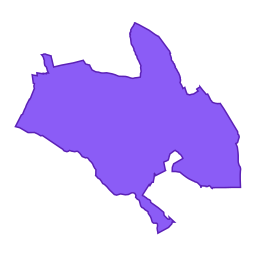 Vadu Moldovei, Suceava, Romania
{"feature_id": "2599482B82273337818064", "entity_name": "Vadu Moldovei", "entity_type": "district", "adm_level": 2, "iso_a3": "ROU", "parent_name": "Romania", "parent_adm1": "Suceava", "projection": "albers", "projection_center": [26.396, 47.385], "detail": "fine", "context": "isolated", "style": "filled", "palette": "violet", "viewbox_px": 256, "rotation_deg": 0, "n_neighbors": 0, "source": "geoboundaries", "source_scale": "gbopen_adm2", "svg_char_len": 5687}
<svg xmlns="http://www.w3.org/2000/svg" viewBox="0 0 256 256"><path d="M157.9,233.2L168.6,227.4L169.2,226.7L171.4,224.3L171.9,223.7L172.1,222.5L172.1,222.1L172.5,222.0L173.6,222.1L174.5,222.1L169.2,217.2L169.4,218.0L169.3,219.2L168.3,219.2L167.6,218.9L166.2,217.5L164.3,215.6L164.0,214.8L163.7,212.3L158.2,207.7L150.7,202.4L150.6,201.2L150.4,200.6L149.5,199.8L148.5,199.3L147.5,199.0L146.3,197.8L145.4,197.3L144.3,196.3L142.9,195.8L142.4,195.2L149.2,184.5L149.9,185.6L151.9,182.3L153.3,182.2L153.4,181.0L154.0,178.0L154.4,175.1L154.4,174.7L154.3,174.1L154.3,173.7L154.5,173.5L154.9,174.1L155.8,175.2L155.8,175.5L165.6,170.5L165.2,169.5L164.5,166.0L163.8,162.5L163.9,162.0L164.7,161.6L166.1,161.1L168.1,160.1L168.5,159.3L169.2,156.4L170.0,153.9L173.5,151.3L174.7,150.5L175.2,150.3L175.6,150.6L176.0,151.0L176.5,151.3L177.0,151.5L178.2,152.3L179.2,153.7L179.4,153.8L179.6,153.9L180.0,154.1L180.5,154.6L181.1,155.2L182.3,157.1L182.9,158.4L182.8,158.5L182.0,159.0L173.7,163.8L172.4,167.1L172.3,167.7L172.2,171.0L172.2,171.5L174.9,171.5L175.6,171.5L178.5,172.0L179.7,172.1L180.0,172.2L180.4,172.5L181.3,173.3L183.8,175.3L185.6,176.6L186.1,177.0L188.7,178.7L190.3,179.5L192.9,180.8L193.6,181.0L195.1,181.9L195.5,182.0L196.7,182.3L197.2,182.6L197.9,183.1L200.2,185.4L200.6,185.9L200.7,186.8L200.9,187.3L201.0,187.3L201.2,187.1L201.7,185.8L202.2,185.9L204.0,186.0L205.5,186.1L206.3,186.3L206.3,186.6L207.7,186.5L208.8,185.7L209.2,185.6L209.6,185.8L210.7,186.8L211.3,187.8L211.7,188.1L212.3,188.5L213.0,187.6L214.4,187.7L215.1,187.6L224.7,187.6L231.7,187.4L240.5,187.4L240.2,179.0L240.2,174.6L240.4,171.0L240.6,169.6L240.5,168.1L240.3,167.5L240.1,166.8L239.3,165.6L238.8,164.3L238.3,162.4L238.2,161.4L238.2,155.4L238.0,152.4L237.3,147.0L235.8,143.5L237.0,143.0L237.5,142.5L237.8,141.9L238.2,140.2L238.7,138.7L239.1,137.4L239.2,136.9L238.8,135.1L237.9,134.2L237.7,132.6L237.6,131.6L236.4,129.6L233.9,125.5L229.4,118.0L227.5,114.8L223.7,108.6L220.2,103.4L219.3,103.6L218.9,103.6L218.5,103.5L217.6,103.7L216.9,103.4L216.2,103.5L214.4,103.0L212.9,102.5L212.4,102.2L212.0,101.8L211.7,101.2L210.7,100.1L208.8,96.2L207.7,94.1L207.4,94.0L206.8,94.4L206.5,94.4L206.1,94.4L205.1,93.0L202.7,90.2L199.9,86.6L199.9,86.9L199.9,87.0L197.0,88.8L196.7,89.1L198.1,91.1L193.6,94.0L191.7,94.3L189.7,94.9L188.8,94.7L188.1,94.3L187.4,94.4L187.1,94.2L187.0,93.9L186.9,93.4L186.4,92.4L185.0,88.2L184.8,87.4L182.9,88.5L182.8,88.1L182.1,86.5L181.8,85.7L181.5,85.0L181.1,84.5L180.7,83.7L180.4,83.3L180.0,82.5L180.2,82.1L180.5,80.8L180.5,80.1L180.5,79.7L180.2,78.6L180.3,77.7L180.1,77.5L179.9,76.9L180.0,76.5L178.5,72.8L177.9,72.0L177.7,71.6L177.1,70.4L176.8,70.0L176.7,69.5L176.3,69.0L175.9,68.3L175.2,67.6L175.1,67.4L175.3,66.5L174.5,65.0L174.5,64.3L174.4,64.1L173.5,63.3L173.3,63.0L173.0,62.0L172.7,61.6L172.4,61.3L172.1,61.0L171.6,60.4L171.4,59.8L171.3,58.2L171.2,57.6L170.7,56.0L170.1,54.5L170.0,54.1L169.9,53.6L170.5,53.3L170.5,53.2L170.0,52.7L169.6,51.2L168.4,49.7L158.6,36.4L158.0,36.1L157.6,36.1L156.7,35.4L155.6,34.9L149.2,30.3L138.9,24.7L137.9,24.2L137.1,23.9L135.2,22.9L134.8,22.8L134.5,23.0L134.4,23.7L134.4,24.2L133.6,25.1L133.4,25.8L132.4,27.2L131.8,28.0L131.5,28.6L131.3,29.0L130.8,29.8L130.8,31.0L130.9,31.4L130.8,31.6L130.5,31.8L130.4,32.1L130.5,32.6L130.4,32.8L129.9,33.0L129.9,33.5L129.9,33.9L129.9,34.2L129.9,34.3L130.3,34.5L130.4,34.9L130.1,35.2L130.1,35.6L129.9,36.0L130.6,38.4L131.1,42.7L131.3,44.0L131.5,44.4L131.9,45.1L132.2,45.4L133.1,47.0L133.5,48.0L133.8,48.3L134.0,50.3L134.2,50.7L135.2,52.4L135.4,52.8L135.4,53.8L135.5,54.2L136.1,55.1L136.7,55.8L136.8,56.1L137.0,56.9L137.1,57.6L137.4,58.4L138.0,59.5L138.7,60.7L139.8,63.3L140.9,65.6L140.9,66.0L140.6,67.3L140.9,69.6L141.1,71.0L141.1,71.8L140.9,72.4L140.5,73.6L140.5,75.0L140.4,76.3L140.3,77.1L138.2,77.5L134.8,77.9L133.0,78.4L132.3,78.3L130.7,78.0L127.9,77.0L125.8,76.5L124.5,76.4L119.7,76.3L119.0,76.3L116.9,75.5L115.3,74.8L112.0,73.8L107.8,73.0L106.7,72.8L103.7,73.0L102.3,73.0L101.1,72.9L98.4,72.1L97.1,72.0L95.7,71.8L92.0,69.9L91.8,69.4L90.9,67.7L90.1,66.4L89.8,65.3L89.5,65.0L89.2,64.9L88.7,64.9L87.2,64.4L86.5,64.3L86.1,64.2L85.4,63.7L84.8,62.8L84.6,62.2L84.0,61.6L83.3,60.3L73.3,62.9L61.6,65.1L53.7,67.0L53.0,64.5L51.9,59.6L51.4,57.9L51.0,55.8L50.2,55.7L48.9,55.2L47.4,54.8L46.1,54.4L45.6,54.1L45.1,54.0L43.6,54.1L42.6,54.7L41.6,54.8L42.3,55.6L43.3,57.2L43.8,58.9L44.0,59.7L44.3,60.2L44.4,60.8L44.3,61.7L44.4,63.1L44.6,64.5L44.8,65.2L45.0,65.7L46.3,67.0L46.6,67.6L47.4,70.6L48.5,73.0L46.4,72.9L46.4,73.7L43.3,73.3L43.4,73.9L36.9,72.8L37.2,75.7L33.3,75.1L32.2,74.8L33.3,83.2L33.9,83.3L34.2,83.7L34.4,83.7L34.2,85.0L33.9,85.7L33.9,86.1L33.9,86.3L34.2,88.1L34.4,88.7L34.2,89.0L33.9,89.6L30.9,97.1L30.9,97.4L29.5,99.8L29.2,100.0L29.1,99.8L26.5,104.9L25.4,107.9L24.5,109.6L24.3,110.1L22.7,114.0L22.6,114.3L21.4,114.9L15.4,126.6L19.7,127.7L27.9,132.5L28.9,132.6L34.5,132.5L35.1,132.8L37.6,133.9L40.7,135.8L42.4,135.5L61.9,148.7L62.4,148.9L63.0,149.5L63.4,150.1L64.2,150.9L66.9,151.7L68.4,151.2L69.6,150.4L71.4,151.1L74.8,151.7L76.4,151.3L77.8,151.4L80.0,153.4L82.2,156.5L85.6,157.9L86.8,157.6L88.1,158.3L89.5,160.4L91.3,162.1L92.6,163.8L93.6,166.2L94.7,168.2L95.9,169.6L95.8,174.5L95.6,175.5L96.7,176.6L97.8,178.0L99.9,179.2L101.3,181.1L102.7,183.5L104.4,184.4L106.8,186.6L109.4,189.7L114.3,194.5L116.6,195.1L120.6,193.9L125.3,194.8L128.4,194.5L131.7,192.8L133.3,192.8L134.8,193.4L135.7,194.9L135.9,195.5L135.6,197.3L136.4,198.1L137.2,199.1L138.9,200.0L139.4,200.8L140.7,205.9L141.8,207.4L143.5,208.2L145.1,209.8L148.0,211.6L148.3,213.5L150.4,216.6L151.2,218.5L151.8,220.8L152.4,222.2L153.5,223.1L156.7,223.2L157.4,223.9L157.6,225.8L157.1,228.1L157.4,230.4L157.8,231.9L157.9,233.2Z" fill="#8b5cf6" stroke="#5b21b6" stroke-width="1.5"/></svg>